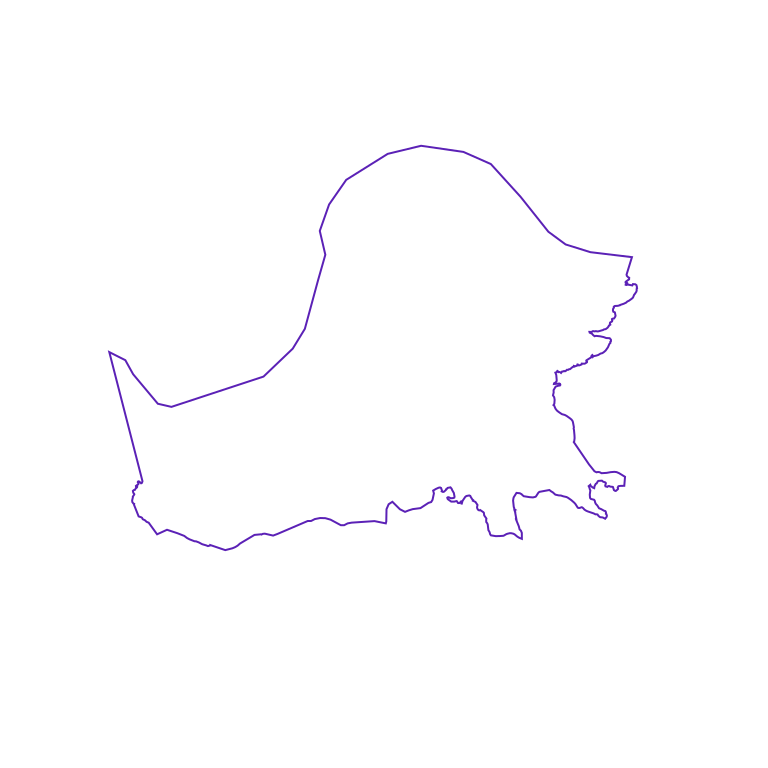 North Dayi, Volta, Ghana (orthographic projection), rotated 67°
{"feature_id": "2480657B8553529614763", "entity_name": "North Dayi", "entity_type": "district", "adm_level": 2, "iso_a3": "GHA", "parent_name": "Ghana", "parent_adm1": "Volta", "projection": "orthographic", "projection_center": [0.294, 6.818], "detail": "fine", "context": "isolated", "style": "outline", "palette": "violet", "viewbox_px": 768, "rotation_deg": 67, "n_neighbors": 0, "source": "geoboundaries", "source_scale": "gbopen_adm2", "svg_char_len": 6165}
<svg xmlns="http://www.w3.org/2000/svg" viewBox="0 0 768 768"><g transform="rotate(67 384 384)"><path d="M571.6,202.6L563.6,198.4L557.9,202.5L556.0,204.3L554.9,206.2L553.7,209.8L552.8,213.8L551.1,218.6L549.4,220.0L548.6,221.4L548.3,222.9L546.5,224.4L545.3,224.7L538.2,226.7L511.6,232.0L511.1,231.3L508.3,229.7L505.6,228.7L500.3,227.0L499.2,226.9L498.0,226.1L493.0,225.0L491.7,224.9L490.0,225.3L488.1,226.3L484.7,228.4L483.1,229.7L481.3,232.0L477.9,234.2L476.0,235.2L473.7,235.8L470.2,235.8L469.6,236.2L468.7,234.9L465.2,233.1L462.7,232.5L460.5,232.9L458.2,231.2L455.9,230.3L453.5,227.1L453.6,224.7L454.1,222.6L453.7,222.0L452.7,221.9L452.1,222.4L450.4,227.6L449.8,227.2L449.6,225.5L448.9,224.1L447.9,223.5L443.0,221.9L440.5,221.8L440.6,220.8L439.7,219.3L440.1,219.0L441.2,218.9L441.3,218.2L442.0,217.2L443.0,216.7L442.1,215.2L442.4,214.3L442.4,213.1L443.0,212.5L443.0,211.7L442.4,210.0L442.9,208.9L442.7,208.0L443.0,206.9L442.0,203.6L442.3,202.4L441.6,202.1L442.4,201.1L442.5,199.2L441.6,198.3L441.9,197.9L442.6,198.1L443.2,196.8L443.2,194.5L442.5,194.0L443.6,191.7L443.7,190.8L443.3,188.7L442.8,188.4L441.7,188.8L441.3,188.4L440.4,182.8L439.5,182.3L438.9,181.6L438.8,180.9L440.5,181.0L440.2,180.5L440.8,177.7L441.0,175.4L440.6,172.8L440.9,170.9L440.5,169.0L439.8,166.9L437.7,163.5L435.2,160.9L434.6,159.5L433.7,159.3L433.2,158.3L431.8,157.8L430.0,158.4L428.5,161.5L426.6,163.5L424.5,166.5L422.5,170.1L422.3,171.5L420.6,172.4L419.0,172.9L417.1,174.6L416.3,174.5L416.6,173.8L417.3,173.2L417.3,172.5L417.0,171.9L417.0,170.9L417.9,169.5L418.1,168.3L418.9,167.2L419.3,166.1L419.9,161.3L419.7,160.2L420.1,158.5L419.6,156.3L418.5,154.4L418.1,154.2L417.8,152.5L416.5,152.4L415.8,151.9L415.5,149.6L414.7,149.0L414.2,149.1L413.3,148.8L413.2,148.1L413.6,146.7L412.6,145.1L411.7,144.2L408.3,143.5L407.0,144.7L405.4,144.4L404.3,143.7L403.5,142.5L402.8,142.4L402.5,141.9L402.4,141.0L403.4,138.2L403.7,136.0L403.5,135.8L403.8,132.0L403.7,129.4L403.1,127.7L403.1,126.2L402.3,122.6L401.7,121.0L399.5,118.8L399.3,118.2L397.6,115.6L396.5,114.8L395.4,114.4L394.8,113.7L394.4,113.8L393.7,113.3L391.6,113.0L390.4,113.7L389.3,115.8L390.3,116.9L388.4,119.7L387.6,121.1L387.6,122.1L387.1,122.8L386.9,122.7L387.3,121.4L386.7,121.8L386.6,121.6L386.8,121.4L386.8,120.7L386.4,120.6L385.5,120.9L385.0,121.5L384.9,121.9L384.6,121.9L384.3,121.5L383.4,117.5L382.0,116.8L381.4,117.4L379.4,118.2L378.1,118.0L364.1,106.2L343.3,142.5L326.5,162.3L308.1,173.2L265.2,185.1L223.3,199.7L201.4,220.2L179.2,256.8L173.6,290.7L181.3,339.0L197.3,364.4L218.0,383.3L242.1,387.5L262.9,404.3L302.3,435.3L315.8,454.2L330.1,492.0L322.0,588.6L313.8,599.9L277.0,611.1L261.0,612.8L247.3,624.4L379.1,644.3L380.4,645.4L380.5,646.4L378.2,647.4L377.7,647.9L377.7,648.6L378.1,649.0L379.4,648.8L380.2,649.3L380.9,652.2L381.4,652.3L381.6,651.1L382.5,651.6L383.0,652.7L383.0,653.3L384.1,654.6L383.9,655.8L384.3,656.9L386.1,657.3L387.5,656.9L388.1,657.0L389.5,659.2L390.1,659.4L392.7,661.3L394.3,661.8L396.1,661.4L396.7,660.8L397.5,661.3L410.0,661.6L412.0,659.4L412.7,659.0L414.2,658.9L416.0,657.3L418.1,656.4L419.7,654.8L433.7,651.6L433.4,640.7L440.6,632.5L445.8,627.2L448.8,625.5L451.0,623.7L454.7,619.9L455.4,618.5L457.4,616.4L460.4,614.0L463.1,610.7L464.4,609.4L464.7,607.2L464.3,606.9L474.9,595.0L476.0,587.7L476.0,584.7L475.6,581.9L474.6,578.9L472.3,562.2L474.3,555.9L474.7,555.6L474.6,554.1L475.2,552.2L480.2,545.3L480.4,540.7L480.3,507.7L481.6,504.6L481.3,500.5L482.4,495.2L484.6,490.4L488.0,486.2L497.1,478.9L498.4,475.8L498.1,471.9L499.0,467.9L506.5,446.3L513.0,436.8L511.4,435.6L500.2,430.6L496.5,426.7L495.7,422.3L505.5,418.3L509.9,414.6L510.0,410.5L510.4,406.5L512.5,398.9L510.8,389.5L511.1,386.7L509.6,384.6L504.2,380.8L501.3,380.4L500.9,377.4L500.8,374.3L501.1,372.9L502.0,372.1L505.0,372.3L505.4,372.8L506.4,371.9L506.6,371.0L505.8,368.5L505.2,368.1L505.3,367.5L504.5,366.1L505.1,363.2L506.8,362.7L508.3,362.7L511.6,362.3L515.3,363.1L516.1,363.7L516.0,365.1L515.3,367.0L515.0,367.4L513.5,368.7L513.2,369.7L513.4,370.2L514.6,370.3L515.2,370.1L518.5,368.1L519.7,365.3L520.1,363.0L520.4,362.7L522.4,362.4L522.8,361.8L523.1,360.8L522.2,359.2L522.2,358.9L523.1,358.7L525.2,359.7L522.3,357.4L519.7,353.4L519.3,351.9L519.9,349.1L520.7,348.3L521.7,348.3L524.8,347.8L525.7,347.3L526.2,347.8L528.3,345.9L531.9,345.2L533.6,346.4L534.4,346.7L535.9,346.7L536.6,346.5L537.5,345.8L537.7,345.2L537.6,344.7L540.9,342.6L541.5,342.4L544.1,343.1L547.9,342.3L548.9,343.0L551.0,343.8L552.5,343.4L553.8,343.4L559.3,345.0L561.5,344.7L563.9,345.0L565.1,344.7L567.7,340.6L569.1,337.1L570.2,333.9L570.4,333.2L570.0,330.0L570.1,328.7L570.5,326.4L571.0,325.3L572.2,323.6L573.3,322.6L576.6,320.9L578.4,319.6L580.4,317.6L574.9,315.3L572.4,315.3L570.9,316.0L567.6,315.5L560.4,315.4L560.0,315.2L559.6,315.3L558.8,314.7L558.2,314.7L558.5,314.6L553.2,313.4L553.1,313.2L551.8,313.3L551.6,312.9L551.3,313.2L550.4,313.0L550.5,312.7L550.0,313.0L549.0,312.6L547.9,312.6L541.7,310.7L539.9,309.6L539.0,308.9L536.0,304.6L537.6,301.7L539.2,300.4L540.1,300.1L541.9,299.2L545.1,294.1L546.6,291.2L547.0,288.8L546.9,288.1L544.4,284.4L544.0,283.1L546.2,273.2L548.3,272.0L549.6,271.0L552.8,269.5L554.8,266.7L555.8,264.7L557.4,262.9L559.4,260.1L560.8,259.0L564.0,257.0L567.5,255.3L569.2,254.7L573.4,254.0L573.9,253.7L574.4,252.8L574.6,251.8L574.6,250.4L575.0,249.8L576.3,249.1L577.9,248.6L579.8,247.3L581.1,246.0L585.1,241.5L586.6,240.3L587.3,238.7L587.6,238.4L588.9,238.2L590.4,237.5L591.1,237.0L592.3,234.8L594.4,233.1L593.9,232.4L593.9,231.9L593.1,230.8L592.3,230.3L590.8,230.1L590.2,230.5L588.8,229.8L587.5,229.9L586.6,231.0L584.0,233.0L582.4,234.6L579.2,235.1L577.0,235.9L575.4,235.9L573.7,235.6L572.6,235.9L570.7,238.4L569.7,238.8L568.9,238.7L566.2,237.8L562.5,235.6L561.6,235.7L559.5,235.4L558.0,235.5L557.4,233.5L558.2,233.6L559.0,233.3L560.9,232.3L562.0,231.2L560.4,230.2L559.3,228.9L558.6,228.0L558.6,227.1L557.1,225.2L557.0,224.4L558.1,221.2L559.5,220.5L561.1,218.7L562.0,218.5L564.0,220.1L564.8,220.1L566.0,218.5L565.6,217.6L565.8,216.8L566.1,216.4L566.9,215.8L567.9,213.9L568.3,213.5L571.5,213.8L572.8,212.9L573.0,212.3L572.2,209.8L572.0,209.5L570.6,209.3L569.7,208.1L570.2,206.1L571.6,202.6Z" fill="none" stroke="#5b21b6" stroke-width="2"/></g></svg>